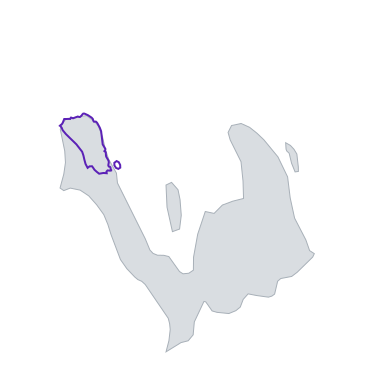 location of Grand'Anse within Haiti, rotated 57°
{"feature_id": "HTI-1359", "entity_name": "Grand'Anse", "entity_type": "Department", "adm_level": 1, "iso_a3": "HTI", "parent_name": "Haiti", "parent_adm1": "", "projection": "robinson", "projection_center": [-74.06, 18.515], "detail": "fine", "context": "in_parent", "style": "outline", "palette": "violet", "viewbox_px": 384, "rotation_deg": 57, "n_neighbors": 0, "source": "natural_earth", "source_scale": "10m", "svg_char_len": 2537}
<svg xmlns="http://www.w3.org/2000/svg" viewBox="0 0 384 384"><g transform="rotate(57 192 192)"><path d="M310.3,123.0L312.3,126.2L316.6,147.5L317.1,154.4L312.9,164.7L313.5,168.8L322.6,178.3L322.8,181.7L321.8,185.2L314.0,194.2L308.0,200.4L309.9,207.5L314.8,214.2L315.4,219.9L314.0,227.3L306.5,236.6L302.7,239.9L291.6,240.3L290.3,241.6L295.9,250.6L302.2,260.8L312.4,268.8L314.7,276.2L312.3,283.3L311.9,300.8L304.1,292.3L295.5,285.2L290.3,282.5L285.0,280.7L244.1,281.6L239.5,282.8L236.0,285.1L232.1,286.3L220.9,288.4L209.7,288.8L183.6,283.1L173.3,280.2L162.9,278.3L150.9,278.9L139.0,280.7L129.5,284.8L122.4,292.0L121.0,298.8L116.8,300.5L107.2,289.8L98.4,282.1L88.3,276.4L67.6,268.3L63.9,263.3L62.2,257.3L70.5,238.8L80.0,235.4L85.3,234.7L97.0,237.0L108.4,241.2L118.9,244.0L135.0,245.1L143.8,249.6L205.9,256.7L217.7,258.9L222.3,258.1L226.3,255.3L229.6,250.3L233.5,246.6L251.9,245.8L255.7,244.1L258.4,238.9L258.3,233.4L247.5,226.2L230.5,210.2L215.6,191.5L222.0,185.1L219.5,173.6L221.9,162.8L225.5,152.3L210.7,143.3L193.3,134.4L169.1,131.6L161.7,129.3L157.8,122.6L161.3,113.5L169.1,108.5L178.1,105.5L187.3,103.3L209.4,100.8L231.4,103.6L250.5,112.9L269.8,120.2L294.2,122.6L305.2,125.3L310.3,123.0ZM216.3,222.6L214.6,230.0L191.1,221.2L172.0,210.0L172.8,203.9L182.5,202.5L191.9,206.2L205.7,213.7L216.3,222.6ZM228.9,89.2L232.7,91.6L231.3,94.6L222.0,92.8L212.4,89.4L209.2,90.2L207.3,89.8L201.7,86.6L206.6,84.1L211.7,83.2L217.3,83.4L228.9,89.2Z" fill="#d9dde1" stroke="#a8b0b8" stroke-width="1"/><path d="M64.5,266.7L64.4,266.3L64.2,264.2L63.6,262.8L61.2,259.4L64.4,254.3L64.1,253.9L63.7,252.9L65.4,251.6L66.5,246.7L67.8,245.6L68.1,245.0L67.9,243.8L67.6,242.5L67.2,241.6L67.0,240.5L67.7,239.5L70.8,237.5L74.9,235.7L76.6,235.4L78.8,236.0L79.7,235.9L80.1,235.1L80.6,234.3L81.6,234.0L82.7,233.9L87.8,234.3L91.5,235.1L103.5,241.0L108.8,241.2L109.0,241.4L109.6,242.1L109.8,242.4L110.0,243.2L110.5,243.1L111.1,242.8L111.7,242.7L114.4,244.2L115.6,244.7L119.7,244.9L120.7,245.1L121.8,245.6L123.7,247.4L124.3,247.8L125.3,247.9L125.7,247.6L126.0,247.2L126.5,247.0L127.5,247.2L128.6,247.8L129.4,247.8L130.0,247.5L130.2,247.3L129.5,249.1L127.9,251.1L128.3,252.6L129.8,253.3L127.8,255.9L126.1,259.9L123.2,260.9L120.2,261.7L118.1,261.7L116.0,261.8L114.7,263.9L114.9,266.4L110.5,266.0L106.1,264.6L102.3,263.2L98.4,262.2L89.0,263.0L79.8,265.1L74.8,266.2L69.7,266.8L67.1,266.3L64.9,266.5L64.5,266.7ZM125.0,238.4L127.1,237.2L130.2,237.5L132.5,238.9L132.5,241.2L130.4,242.6L127.4,242.6L125.2,241.2L125.0,238.4Z" fill="none" stroke="#5b21b6" stroke-width="2"/></g></svg>